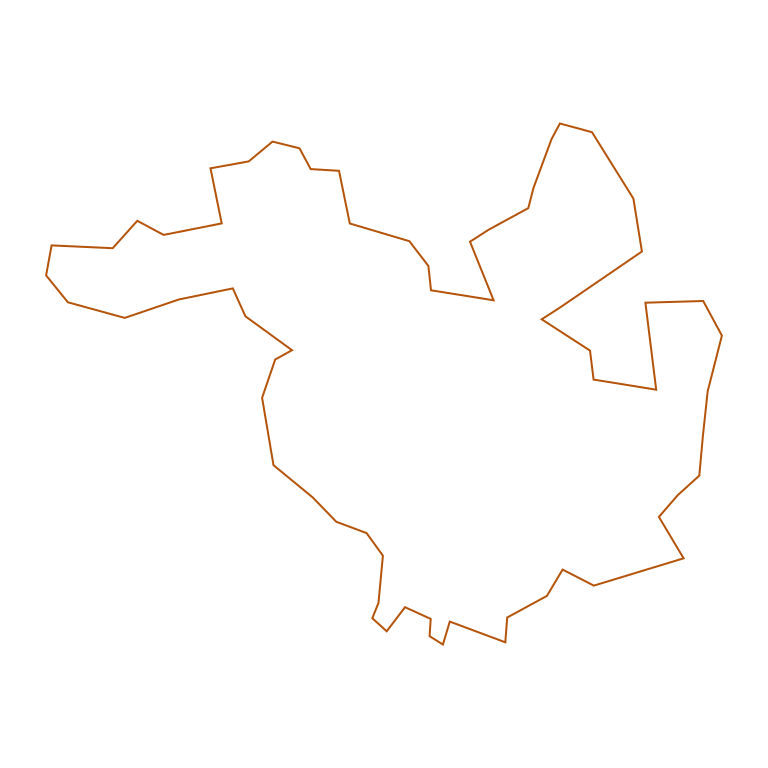 outline of Samarkand city, Samarkand, Uzbekistan
{"feature_id": "79887680B93322168569220", "entity_name": "Samarkand city", "entity_type": "district", "adm_level": 2, "iso_a3": "UZB", "parent_name": "Uzbekistan", "parent_adm1": "Samarkand", "projection": "natural_earth1", "projection_center": [66.968, 39.625], "detail": "fine", "context": "isolated", "style": "outline", "palette": "amber", "viewbox_px": 768, "rotation_deg": 0, "n_neighbors": 0, "source": "geoboundaries", "source_scale": "gbopen_adm2", "svg_char_len": 927}
<svg xmlns="http://www.w3.org/2000/svg" viewBox="0 0 768 768"><path d="M67.9,302.3L124.7,317.9L179.1,299.4L232.8,288.4L245.4,316.3L292.0,350.2L275.2,359.5L262.1,397.8L273.5,465.2L312.8,497.5L336.3,521.8L366.6,533.1L382.9,555.7L378.5,602.8L372.3,618.2L386.7,631.3L405.0,607.2L430.7,618.9L429.6,636.2L442.9,644.5L449.8,621.6L505.3,642.3L507.2,617.5L546.9,595.9L562.6,569.6L593.8,585.6L683.6,558.3L658.9,516.9L677.7,495.2L699.3,475.6L702.9,435.9L707.7,391.2L721.9,335.6L703.2,301.0L645.4,302.7L656.2,389.7L593.6,379.6L590.0,350.6L541.7,319.3L560.2,307.4L641.9,251.5L633.4,198.6L592.0,132.2L559.9,123.5L551.5,139.2L533.5,187.9L528.3,208.1L488.5,229.8L470.0,241.7L493.6,300.3L431.0,290.3L428.4,266.0L409.4,241.2L349.8,223.5L339.0,170.8L310.7,169.1L299.5,148.3L272.5,141.6L248.7,161.4L210.5,168.3L221.7,223.4L163.6,234.9L137.3,220.8L112.7,248.2L51.6,245.4L46.1,275.4L67.9,302.3Z" fill="none" stroke="#b45309" stroke-width="2"/></svg>